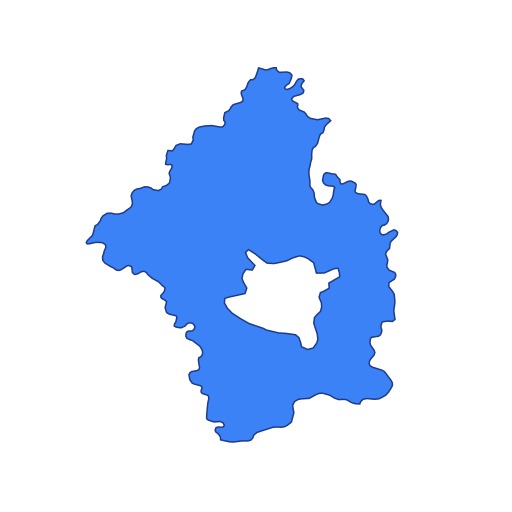 Minsk, Minsk, Belarus, rotated 16°
{"feature_id": "67162791B84471344127718", "entity_name": "Minsk", "entity_type": "district", "adm_level": 2, "iso_a3": "BLR", "parent_name": "Belarus", "parent_adm1": "Minsk", "projection": "mercator", "projection_center": [27.512, 53.937], "detail": "fine", "context": "isolated", "style": "filled", "palette": "blue", "viewbox_px": 512, "rotation_deg": 16, "n_neighbors": 0, "source": "geoboundaries", "source_scale": "gbopen_adm2", "svg_char_len": 6099}
<svg xmlns="http://www.w3.org/2000/svg" viewBox="0 0 512 512"><g transform="rotate(16 256 256)"><path d="M252.6,423.3L253.5,426.1L255.4,426.9L261.3,427.1L267.5,424.9L270.5,425.6L272.1,427.4L272.1,428.6L270.8,429.9L266.5,430.9L264.9,432.1L264.7,434.5L265.6,436.1L268.3,437.2L270.4,438.6L271.7,439.9L272.7,442.5L281.9,441.9L285.4,441.1L293.8,437.5L299.4,435.9L301.9,434.3L303.1,431.5L303.3,428.7L305.6,425.3L319.2,416.1L323.8,414.4L327.3,413.7L330.3,412.3L332.6,410.3L335.8,405.9L335.6,396.2L333.3,391.6L332.4,389.1L333.3,385.1L336.1,382.2L339.3,380.7L346.4,378.2L351.9,372.7L354.3,370.8L357.7,369.5L365.4,369.5L370.9,371.0L375.1,371.2L380.6,369.4L383.4,369.3L387.4,370.4L390.1,370.6L392.5,370.6L396.6,369.6L396.5,368.5L397.2,366.2L398.5,364.2L401.8,362.5L409.5,361.0L413.4,359.5L416.2,357.0L419.1,354.0L421.0,350.1L422.5,344.8L422.8,342.7L422.0,340.3L419.7,338.0L411.5,331.8L408.3,331.0L398.8,330.8L395.8,330.0L394.4,328.2L394.1,325.7L394.6,323.6L396.8,318.6L396.9,316.1L395.6,314.1L390.8,310.2L389.5,308.0L388.8,304.8L389.3,302.4L396.1,299.2L397.4,297.3L397.7,294.7L397.4,292.6L395.9,290.4L395.3,288.4L395.5,284.6L400.1,282.4L405.2,281.3L407.1,278.7L403.5,270.6L402.3,262.1L399.5,254.8L397.0,252.4L392.0,248.7L391.2,244.9L395.5,239.9L395.9,237.3L395.3,235.0L393.8,233.6L387.8,232.9L384.9,230.6L384.3,228.7L384.1,225.6L383.7,223.3L380.2,218.7L380.0,216.6L381.0,214.1L382.3,212.1L381.4,206.7L381.9,204.5L385.3,198.8L385.9,196.6L385.6,194.2L383.4,192.9L381.4,192.8L376.7,197.0L375.7,198.8L372.5,200.6L371.1,200.9L368.7,199.4L367.8,196.7L367.8,194.5L369.1,191.7L370.8,191.0L372.5,189.1L373.2,187.1L373.4,184.6L372.1,181.7L365.5,177.0L362.9,174.7L361.4,172.3L360.8,168.8L360.9,168.1L359.6,168.3L358.5,169.0L355.7,173.1L354.1,174.2L351.4,174.2L349.6,173.3L347.8,170.3L345.5,167.8L343.5,166.9L337.0,168.0L334.9,167.7L333.7,167.1L333.2,165.8L333.1,163.0L332.6,159.8L331.4,158.6L327.4,157.8L325.8,157.9L323.4,159.2L320.9,161.7L319.2,162.9L317.7,163.2L316.4,161.8L315.7,159.6L311.8,157.2L310.4,155.8L309.2,155.5L306.9,156.1L302.7,156.2L300.2,156.7L298.8,158.7L298.7,160.6L299.1,164.9L300.7,167.1L303.2,168.5L306.3,168.6L310.8,167.6L312.9,168.5L312.6,170.3L313.4,176.3L313.4,178.9L312.6,182.1L312.0,184.1L310.1,186.3L306.0,188.7L301.4,188.6L299.5,188.1L296.2,183.8L294.5,179.5L293.2,177.7L291.9,176.4L289.7,175.1L288.5,173.7L287.0,168.6L284.8,164.0L283.7,160.7L283.1,157.6L283.1,154.6L282.7,150.6L282.8,147.3L281.4,142.6L280.7,138.5L281.3,135.9L282.8,134.4L284.1,130.9L284.0,122.9L284.6,120.8L286.4,119.0L286.6,115.8L286.3,113.2L287.5,110.1L290.5,105.4L288.0,103.8L285.0,104.2L277.5,108.1L270.4,108.7L267.9,108.0L266.5,107.2L264.9,105.7L262.5,104.3L257.3,103.7L255.4,102.5L254.6,101.2L254.6,99.3L254.0,98.0L249.9,97.2L248.5,96.8L247.1,95.7L247.0,94.6L248.4,92.1L254.3,88.5L256.5,86.1L256.3,83.6L252.7,80.9L252.3,79.1L252.9,76.7L254.0,74.4L252.4,73.0L250.7,73.0L247.9,74.3L246.7,77.2L246.1,80.3L244.7,83.1L242.5,85.6L239.7,87.5L238.0,87.3L237.0,85.9L238.4,83.1L240.2,81.1L240.9,76.9L240.9,73.6L240.6,72.1L237.8,70.5L234.7,70.7L227.9,73.0L225.4,72.1L224.2,71.1L223.6,69.5L221.1,70.2L218.5,71.7L215.5,74.0L213.9,74.5L206.8,74.4L206.6,74.5L206.6,78.3L206.2,84.6L204.7,87.3L202.2,88.0L200.7,91.2L200.4,96.1L199.8,98.5L198.6,100.1L196.7,101.3L196.8,103.4L198.1,105.7L200.0,108.0L200.7,110.8L198.8,112.7L192.4,116.8L191.1,119.3L190.6,121.7L189.7,123.9L186.5,126.8L186.8,132.1L187.7,134.6L189.4,135.5L189.7,138.2L188.7,140.6L187.0,141.8L177.5,142.8L170.8,145.2L165.9,147.7L163.5,150.1L162.5,152.7L162.5,159.1L163.7,161.7L163.0,166.1L159.8,167.5L152.3,169.0L148.7,171.7L148.0,174.6L146.7,178.0L142.3,178.8L142.1,184.0L143.3,187.2L143.5,191.6L143.9,192.8L146.4,192.5L147.5,191.8L148.4,191.6L150.3,191.9L150.8,194.4L149.7,198.9L149.8,200.8L151.4,202.8L152.2,204.5L152.6,208.2L152.6,209.9L150.4,212.9L147.2,215.2L146.6,217.7L144.2,220.0L138.8,220.6L136.2,219.5L133.1,219.4L129.8,220.2L126.2,222.9L123.4,224.2L121.0,226.2L119.6,229.2L119.4,232.6L121.9,237.4L122.8,239.9L122.7,242.7L121.3,245.0L119.1,247.5L116.9,250.7L112.7,253.4L108.8,254.5L104.7,254.8L101.1,256.0L97.8,259.6L96.7,262.8L96.7,264.9L95.0,269.4L93.0,271.4L93.2,281.1L89.9,287.1L89.4,288.4L89.2,290.0L90.5,290.9L92.0,290.4L98.1,287.1L102.9,285.8L105.3,285.7L107.9,286.5L108.7,287.5L109.3,289.3L108.7,293.3L108.9,295.0L108.7,299.3L110.1,302.6L112.7,304.4L119.0,306.2L121.3,306.5L125.7,308.0L128.2,307.7L130.0,306.5L134.9,300.9L136.4,300.2L139.5,300.7L141.8,306.0L144.4,307.3L147.3,305.7L149.6,303.1L152.6,301.5L155.1,302.1L157.0,303.6L162.2,306.0L169.9,307.8L174.3,310.4L176.4,311.1L177.3,311.8L177.7,314.4L177.2,316.7L175.9,319.2L175.4,320.6L176.2,322.2L177.3,322.8L180.8,323.6L182.7,324.6L182.8,330.5L185.2,334.4L186.2,335.2L188.6,335.8L195.5,335.5L196.8,336.5L197.1,341.1L196.4,343.8L196.6,345.7L197.6,346.2L200.0,346.3L203.8,345.7L207.2,342.8L208.4,340.2L209.6,339.0L211.9,338.2L214.3,338.4L216.6,340.5L216.9,343.1L215.4,345.6L211.5,346.9L210.4,348.1L210.1,349.4L210.7,352.5L212.1,354.1L215.3,354.7L218.3,354.8L226.7,358.1L229.1,360.1L230.8,362.2L231.6,364.7L231.3,366.8L230.5,368.3L229.1,369.5L229.1,370.8L229.5,372.5L232.5,378.8L232.4,380.7L231.3,382.2L225.9,384.9L224.5,386.8L224.3,388.7L226.5,393.2L229.7,395.8L231.9,396.1L238.7,396.0L240.2,397.0L240.5,398.5L240.3,400.3L240.7,401.9L242.3,403.0L248.1,403.2L249.4,404.5L250.0,406.6L250.1,409.5L250.5,412.4L252.6,423.3ZM338.1,245.1L340.7,248.9L342.2,252.9L333.5,261.9L335.2,266.8L330.3,271.7L328.0,273.4L328.0,278.3L331.8,283.0L333.2,287.0L333.2,291.6L330.6,295.9L329.2,299.1L330.0,304.6L336.4,314.1L338.4,319.1L338.4,322.8L336.4,328.6L331.5,331.6L324.7,330.7L322.9,327.1L319.7,322.6L315.7,320.8L305.8,322.2L299.1,323.7L286.4,324.3L283.3,323.6L267.8,322.8L258.7,320.6L248.7,317.5L243.0,314.2L238.6,309.9L237.7,305.3L241.4,302.9L255.8,295.1L256.0,289.4L251.3,284.8L248.7,281.4L248.4,276.8L250.0,271.6L256.3,270.5L257.6,265.4L248.4,260.0L244.9,255.4L247.1,251.9L255.0,254.3L262.1,257.4L268.5,259.8L275.4,258.3L280.5,255.7L286.8,252.2L292.0,247.6L297.7,243.9L302.5,243.5L306.4,244.1L313.3,246.6L318.8,255.8L326.3,253.5L334.4,246.8L338.1,245.1Z" fill="#3b82f6" stroke="#1e3a8a" stroke-width="1.5"/></g></svg>